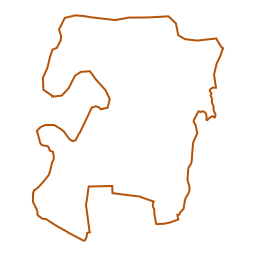 Adh Dhihar, Ibb, Yemen
{"feature_id": "15242507B70746280021443", "entity_name": "Adh Dhihar", "entity_type": "district", "adm_level": 2, "iso_a3": "YEM", "parent_name": "Yemen", "parent_adm1": "Ibb", "projection": "equal_earth", "projection_center": [44.168, 13.976], "detail": "fine", "context": "isolated", "style": "outline", "palette": "amber", "viewbox_px": 256, "rotation_deg": 0, "n_neighbors": 0, "source": "geoboundaries", "source_scale": "gbopen_adm2", "svg_char_len": 4577}
<svg xmlns="http://www.w3.org/2000/svg" viewBox="0 0 256 256"><path d="M216.0,87.7L214.0,74.5L216.7,63.5L220.2,56.4L222.3,50.0L223.1,48.3L221.4,47.1L216.6,39.3L216.5,38.5L212.4,38.9L197.2,40.6L191.2,39.9L185.2,39.2L178.3,35.3L177.6,31.9L175.9,23.4L171.4,19.1L168.4,16.3L158.3,16.9L153.0,17.2L148.7,17.4L143.6,17.5L132.5,17.5L129.4,17.5L123.4,18.6L115.1,20.1L111.4,19.6L106.8,19.1L92.7,17.5L82.1,15.8L75.1,15.4L64.8,17.9L59.0,29.5L61.2,36.3L60.6,40.5L56.8,47.9L52.5,49.6L50.2,56.1L47.4,67.9L42.9,77.8L43.4,89.8L52.2,95.7L52.2,96.0L52.4,95.8L53.6,96.6L59.2,95.9L61.8,95.6L65.8,91.3L68.8,88.0L71.8,82.0L75.1,75.6L80.8,71.9L89.9,71.2L96.0,79.6L105.5,90.2L109.8,99.1L107.6,107.7L105.4,108.2L100.9,109.3L98.5,107.0L95.6,106.3L91.7,107.7L91.3,108.6L79.8,132.8L79.3,133.1L75.5,140.3L73.1,141.1L70.8,140.3L68.8,138.3L63.8,131.4L60.9,129.1L58.4,127.6L54.2,125.0L51.3,125.0L45.4,125.0L40.6,127.1L36.9,130.8L39.2,138.8L40.1,142.7L41.4,144.7L41.9,145.1L47.4,146.2L48.5,146.9L49.4,149.6L49.7,150.5L53.0,151.9L53.4,154.1L53.8,156.7L53.7,159.6L52.3,162.0L51.9,163.3L50.9,167.7L50.3,170.3L48.7,175.1L42.2,183.1L39.3,186.2L37.1,188.4L34.2,190.3L33.8,191.3L33.5,192.3L33.4,192.1L33.1,193.0L32.9,197.9L33.0,200.8L32.9,201.6L33.7,203.4L36.1,208.2L37.4,211.3L37.4,214.4L37.8,215.4L38.4,215.7L41.7,218.2L42.5,218.8L43.2,218.8L45.4,219.0L46.1,219.1L47.0,219.7L53.5,224.0L55.1,225.0L58.2,226.8L67.5,232.0L68.0,232.5L83.3,240.6L84.9,240.5L86.4,237.3L87.3,232.8L89.9,232.2L89.5,231.4L88.0,219.8L86.0,205.1L87.2,197.2L88.7,186.5L102.3,186.2L112.2,186.0L112.5,193.2L115.4,193.5L123.6,194.6L125.8,194.8L129.4,195.3L135.3,196.0L140.8,196.7L141.1,197.2L143.7,198.1L152.4,201.1L153.7,201.5L153.1,202.5L153.0,203.7L152.8,205.7L153.2,207.4L153.8,208.3L154.4,209.4L154.2,211.4L154.3,213.1L154.4,214.7L154.6,215.1L156.1,223.9L157.6,224.1L160.2,223.9L161.5,223.9L164.0,223.8L170.7,222.3L171.3,222.1L178.2,219.4L178.0,218.0L177.5,215.7L177.4,214.8L179.5,214.5L179.7,214.1L179.8,213.0L180.2,212.4L180.5,212.2L181.3,211.3L182.2,210.3L183.0,209.5L183.5,208.8L183.8,208.2L183.8,207.6L183.8,207.3L183.9,206.9L183.9,206.7L184.1,205.3L184.2,204.4L184.4,203.5L184.6,202.4L184.7,201.5L185.1,200.0L185.1,199.9L185.2,199.7L185.3,199.1L185.5,198.2L185.8,197.6L186.2,197.2L186.4,196.7L187.0,195.8L187.7,194.5L188.5,193.1L189.0,192.1L189.3,191.4L189.4,190.6L189.5,189.9L189.4,189.1L189.5,188.3L189.5,188.1L189.5,187.5L189.4,187.1L189.4,186.7L189.1,185.7L188.9,185.1L188.8,184.6L188.6,184.0L188.5,183.4L188.3,183.2L188.3,182.9L187.8,181.2L187.7,180.9L187.6,180.4L187.5,179.7L187.5,178.8L187.7,176.9L187.7,176.5L187.8,175.6L187.9,174.5L188.0,172.7L188.0,171.8L188.1,171.3L188.2,169.7L188.3,168.9L188.5,167.9L188.7,167.4L189.0,166.9L189.3,166.3L190.0,165.4L190.7,164.2L191.1,163.5L191.3,162.9L191.4,162.6L191.6,161.9L191.6,161.1L191.8,159.6L191.9,159.2L192.0,156.3L192.2,153.7L192.3,152.1L192.5,150.3L192.7,147.6L192.9,145.2L192.9,144.9L192.9,144.4L193.0,143.8L193.2,143.0L193.3,142.4L193.7,141.2L194.4,139.6L195.0,138.3L196.1,135.9L196.8,134.5L197.1,133.8L197.2,132.9L197.0,131.7L196.7,130.8L196.7,130.3L196.6,129.8L196.3,128.2L196.1,127.5L195.7,126.0L195.5,124.9L195.0,124.2L194.1,122.5L193.9,122.3L193.7,121.8L193.7,121.5L193.6,121.2L193.7,120.7L193.9,120.1L194.3,119.2L194.7,118.6L195.0,118.0L195.5,117.1L196.0,116.0L196.5,115.0L197.1,113.9L197.4,113.1L197.8,112.6L198.1,111.9L198.3,111.6L198.5,111.4L199.1,111.4L199.4,111.5L199.6,111.6L199.9,111.7L200.2,111.8L200.4,111.9L200.6,112.0L200.8,112.0L201.1,111.9L201.3,111.8L202.0,111.5L202.5,111.4L203.4,111.4L203.8,111.6L204.2,111.9L204.7,112.3L205.1,112.6L205.5,113.1L206.0,113.9L206.2,114.4L206.4,115.0L206.5,116.1L206.5,117.5L206.5,118.4L206.5,119.0L206.5,119.4L206.5,119.7L206.6,119.9L206.7,120.1L207.0,120.2L207.7,119.7L208.2,119.2L208.9,118.5L209.4,118.0L210.0,117.6L210.5,117.2L211.2,116.8L211.9,116.4L212.2,116.3L212.5,116.2L213.0,116.4L213.3,116.7L214.1,117.2L214.3,117.4L214.5,117.5L214.8,117.4L215.0,117.2L215.2,116.8L215.3,115.9L215.4,114.8L215.4,114.3L215.4,114.1L215.2,113.7L215.0,113.2L214.8,112.9L214.6,112.7L214.3,111.8L214.1,111.3L213.7,110.3L213.6,109.8L213.5,109.2L213.6,108.1L213.6,107.2L213.5,106.7L213.4,106.1L213.1,105.1L212.6,104.1L212.2,103.2L212.0,102.6L211.9,102.3L211.9,101.9L211.9,101.3L211.9,100.7L212.0,99.8L212.0,99.3L212.0,98.9L211.9,98.5L211.9,98.1L211.7,97.8L211.4,97.3L211.3,96.9L210.9,96.3L210.8,96.0L210.7,95.6L210.7,95.2L210.8,94.8L210.9,94.5L211.1,94.2L211.3,93.7L211.4,93.4L211.4,93.2L211.2,92.8L210.9,92.4L210.6,92.1L210.1,91.4L209.7,90.7L210.3,89.3L211.9,88.1L212.9,87.7L216.0,87.7Z" fill="none" stroke="#b45309" stroke-width="2"/></svg>